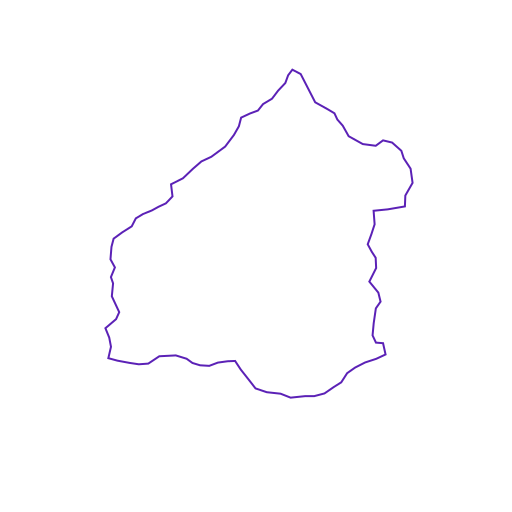 outline of Nova Canaã Paulista, São Paulo, Brazil, rotated 245°
{"feature_id": "56859067B96642600712533", "entity_name": "Nova Canaã Paulista", "entity_type": "district", "adm_level": 2, "iso_a3": "BRA", "parent_name": "Brazil", "parent_adm1": "São Paulo", "projection": "mercator", "projection_center": [-50.91, -20.369], "detail": "fine", "context": "isolated", "style": "outline", "palette": "violet", "viewbox_px": 512, "rotation_deg": 245, "n_neighbors": 0, "source": "geoboundaries", "source_scale": "gbopen_adm2", "svg_char_len": 1372}
<svg xmlns="http://www.w3.org/2000/svg" viewBox="0 0 512 512"><g transform="rotate(245 256 256)"><path d="M409.5,367.7L406.2,361.5L400.4,355.7L396.5,345.9L391.8,337.0L390.7,326.6L387.0,319.2L387.7,310.8L387.7,301.0L380.8,295.3L375.0,287.1L368.2,274.3L364.8,257.4L364.8,246.5L361.7,235.7L357.3,222.6L356.9,209.3L345.3,205.5L341.8,196.6L341.8,188.5L341.3,180.8L341.8,171.4L340.9,163.0L335.4,155.9L334.0,145.0L331.9,134.3L325.4,128.9L314.5,122.7L305.3,123.3L298.2,115.6L291.6,114.9L280.4,108.3L262.9,108.3L257.9,102.5L254.2,89.0L244.1,88.5L235.0,86.2L225.8,79.0L219.7,86.2L212.5,96.3L207.4,104.0L204.0,112.9L206.0,126.0L199.8,141.3L192.2,149.7L185.9,153.2L180.6,159.1L176.2,167.2L175.5,176.4L172.6,185.8L169.7,192.7L159.5,194.2L144.6,197.7L136.2,199.6L128.0,208.2L120.8,220.1L113.0,227.5L108.3,241.1L104.4,249.5L102.5,260.0L104.4,271.3L105.5,279.9L111.3,289.1L113.0,298.7L113.4,309.9L112.0,321.5L112.0,331.8L123.3,334.3L126.8,328.1L134.8,328.1L145.4,334.3L157.9,342.5L162.0,349.6L171.1,351.4L184.9,347.9L194.3,359.8L203.8,363.7L211.0,362.7L219.4,362.2L227.1,369.9L234.6,376.9L247.3,381.7L242.6,395.1L238.0,411.9L247.7,416.9L256.1,428.8L269.8,433.0L282.1,431.2L289.9,432.2L301.3,427.3L307.1,420.0L305.3,411.1L312.3,400.1L325.4,390.6L337.4,389.7L345.3,387.4L352.2,387.4L358.4,383.2L370.3,374.6L402.0,373.4L409.5,367.7Z" fill="none" stroke="#5b21b6" stroke-width="2"/></g></svg>